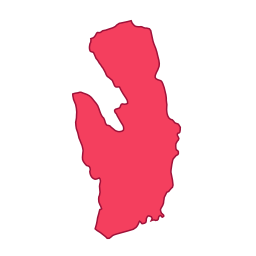 Tsamba-Magotsi, Ngounié, Gabon, rotated 169°
{"feature_id": "22940354B73947944893462", "entity_name": "Tsamba-Magotsi", "entity_type": "district", "adm_level": 2, "iso_a3": "GAB", "parent_name": "Gabon", "parent_adm1": "Ngounié", "projection": "equal_earth", "projection_center": [10.858, -1.184], "detail": "fine", "context": "isolated", "style": "filled", "palette": "rose", "viewbox_px": 256, "rotation_deg": 169, "n_neighbors": 0, "source": "geoboundaries", "source_scale": "gbopen_adm2", "svg_char_len": 3932}
<svg xmlns="http://www.w3.org/2000/svg" viewBox="0 0 256 256"><g transform="rotate(169 128 128)"><path d="M179.5,35.3L177.9,33.3L175.1,30.7L172.6,27.8L170.7,25.6L169.5,23.7L167.5,23.3L166.2,23.9L164.9,24.6L163.6,25.4L161.9,25.8L159.6,26.1L148.1,27.0L142.1,27.6L139.1,28.9L137.7,30.1L136.4,31.6L135.4,33.1L134.5,34.3L133.7,33.6L132.6,31.5L131.8,31.3L130.0,31.4L128.6,31.9L127.8,33.4L127.3,35.5L126.1,37.1L124.9,37.9L123.6,37.4L122.0,36.3L121.6,34.4L122.1,33.7L122.9,32.6L121.4,32.9L119.7,32.7L118.6,32.0L116.7,32.0L115.7,32.8L115.1,34.3L114.5,35.3L113.1,36.0L112.4,35.7L112.0,34.5L111.2,33.9L109.8,34.5L109.6,35.5L110.6,37.0L111.4,38.1L111.7,39.4L111.8,41.4L111.2,42.6L110.0,44.0L108.7,45.5L107.5,47.5L106.8,49.8L106.3,51.0L105.7,52.9L102.2,57.5L100.1,58.0L99.0,59.0L96.8,60.7L95.7,61.3L94.7,63.4L94.3,68.4L94.3,71.6L94.3,76.5L93.7,78.8L92.0,83.7L90.4,87.6L89.5,89.1L87.7,90.5L86.0,91.8L84.3,92.3L83.5,93.1L83.1,95.1L83.6,96.4L84.6,97.1L84.9,98.6L84.6,101.2L84.0,103.4L82.2,105.6L80.9,106.6L80.1,107.9L80.3,109.3L80.9,111.0L80.8,112.5L80.2,113.3L78.9,113.4L77.9,114.1L77.1,116.2L76.9,117.2L76.5,118.7L77.8,122.1L78.8,122.8L80.3,123.6L81.2,124.4L82.0,126.1L83.0,127.6L84.6,128.4L86.0,130.2L86.7,132.5L86.9,134.9L86.8,136.7L86.6,138.6L86.0,141.2L85.4,143.4L85.3,145.5L85.1,147.9L84.7,150.1L84.5,153.2L84.8,160.7L85.4,164.8L85.9,166.8L86.7,168.1L88.1,168.9L89.8,169.9L91.1,171.0L91.7,172.5L91.3,174.2L90.5,175.6L89.3,177.4L87.7,179.4L85.7,182.7L85.0,185.2L84.8,188.4L85.1,194.0L85.2,197.0L85.6,200.7L86.5,205.4L86.9,208.5L87.1,219.3L88.1,221.3L89.7,222.1L90.9,222.6L92.1,222.8L93.6,223.6L94.8,224.5L95.9,225.0L97.7,225.2L98.9,225.5L100.9,226.2L102.1,227.1L103.1,228.7L103.9,230.2L104.2,231.5L104.4,232.7L108.4,232.5L113.9,232.4L116.6,232.4L119.5,231.2L121.0,230.1L123.6,229.3L128.4,228.7L131.1,228.3L134.2,228.3L135.8,227.6L136.7,227.1L138.2,227.1L139.5,227.6L140.6,227.2L142.3,225.1L143.7,223.8L145.2,223.1L147.5,222.8L147.5,221.9L147.8,220.6L148.3,219.2L149.1,218.2L149.8,216.6L150.3,215.2L150.6,213.8L150.7,212.1L150.4,210.7L149.7,210.0L148.7,209.5L147.5,208.8L147.2,207.7L146.7,205.4L146.1,202.5L144.8,200.1L143.7,197.0L142.7,195.1L142.0,193.2L141.2,191.7L140.7,190.2L140.2,188.6L139.6,186.6L139.3,184.8L138.8,183.2L138.2,182.3L137.2,181.3L136.3,180.2L135.2,178.8L134.3,177.7L134.0,176.2L133.5,173.9L133.1,172.0L132.4,170.9L131.7,170.5L130.8,170.3L129.5,170.2L128.5,169.8L127.6,166.4L126.2,162.4L124.3,157.8L123.6,155.8L123.4,154.1L123.7,152.3L125.1,151.9L126.9,152.0L128.1,152.4L128.8,152.7L129.9,152.6L130.8,151.7L131.7,150.1L132.5,149.3L134.6,149.0L136.6,148.8L137.7,148.1L137.9,147.2L137.6,145.5L136.7,144.2L136.2,142.1L135.0,138.5L134.2,136.1L133.3,133.7L132.5,131.7L132.2,130.0L132.4,128.0L133.0,126.6L134.7,126.0L136.7,126.0L138.5,126.4L140.1,127.3L141.3,128.2L142.8,130.1L144.4,132.0L145.4,133.5L146.6,134.2L147.7,134.6L148.5,135.1L149.2,137.1L149.5,140.2L150.0,142.4L150.8,143.5L151.4,144.8L152.0,146.8L152.5,149.7L152.9,152.6L153.5,155.7L154.6,158.3L156.3,161.4L157.1,163.0L158.2,165.0L159.9,167.1L161.8,168.7L163.6,169.8L165.3,170.8L167.4,172.1L168.9,172.3L170.2,172.1L173.3,172.2L175.7,172.0L175.8,171.7L176.0,170.0L176.0,166.5L175.5,163.9L174.9,161.0L174.9,157.3L175.3,153.4L176.0,150.7L176.7,147.7L177.6,145.3L178.3,143.6L178.7,140.0L178.8,137.1L178.2,133.0L178.1,130.5L178.0,127.6L177.6,125.6L176.9,121.9L176.4,119.4L176.3,116.2L176.4,114.2L176.9,112.8L177.6,110.5L178.3,108.0L178.6,105.7L178.2,103.7L177.3,101.6L176.3,99.8L175.5,98.9L174.2,98.3L173.3,97.4L172.9,95.8L173.0,94.2L173.8,92.6L173.9,90.8L173.7,88.9L173.1,87.0L172.2,85.6L171.2,84.7L170.5,84.2L169.4,83.9L167.9,84.0L166.7,84.3L165.6,84.3L165.2,83.4L165.1,81.6L165.4,80.3L166.4,78.2L167.1,76.2L167.5,72.4L167.7,70.3L168.8,67.4L169.8,65.9L170.4,63.8L170.7,61.0L170.2,58.2L169.7,56.4L169.4,54.4L169.3,53.7L170.5,53.3L171.2,53.3L172.0,51.8L172.9,49.8L175.0,45.6L176.1,42.5L177.4,39.4L179.5,35.3Z" fill="#f43f5e" stroke="#9f1239" stroke-width="1.5"/></g></svg>